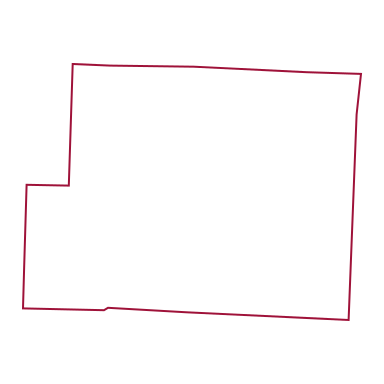 Harrison, Ohio, United States of America
{"feature_id": "52423323B91604440598292", "entity_name": "Harrison", "entity_type": "district", "adm_level": 2, "iso_a3": "USA", "parent_name": "United States of America", "parent_adm1": "Ohio", "projection": "mercator", "projection_center": [-81.155, 40.296], "detail": "fine", "context": "isolated", "style": "outline", "palette": "rose", "viewbox_px": 384, "rotation_deg": 0, "n_neighbors": 0, "source": "geoboundaries", "source_scale": "gbopen_adm2", "svg_char_len": 296}
<svg xmlns="http://www.w3.org/2000/svg" viewBox="0 0 384 384"><path d="M24.1,268.9L23.0,308.4L104.0,310.2L108.0,307.8L186.7,312.3L348.6,320.0L356.6,114.5L361.0,73.9L306.5,72.2L193.8,66.7L110.1,65.6L72.7,64.0L68.8,185.6L26.6,184.8L24.1,268.9Z" fill="none" stroke="#9f1239" stroke-width="2"/></svg>